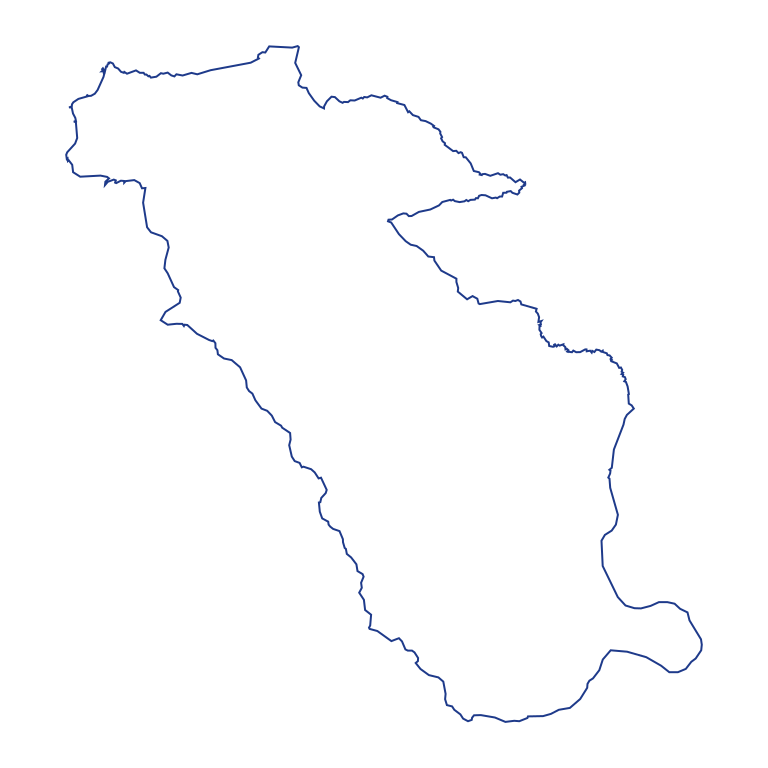 Bole, Northern, Ghana (orthographic projection)
{"feature_id": "2480657B39398526932747", "entity_name": "Bole", "entity_type": "district", "adm_level": 2, "iso_a3": "GHA", "parent_name": "Ghana", "parent_adm1": "Northern", "projection": "orthographic", "projection_center": [-2.328, 8.691], "detail": "fine", "context": "isolated", "style": "outline", "palette": "blue", "viewbox_px": 768, "rotation_deg": 0, "n_neighbors": 0, "source": "geoboundaries", "source_scale": "gbopen_adm2", "svg_char_len": 6021}
<svg xmlns="http://www.w3.org/2000/svg" viewBox="0 0 768 768"><path d="M110.3,62.3L108.7,62.7L109.0,63.5L107.6,64.4L107.1,66.5L106.1,66.5L104.9,71.7L102.9,68.3L102.1,69.2L102.9,70.4L101.9,71.3L103.4,71.2L103.8,73.2L104.5,72.8L103.5,76.9L97.6,90.0L94.8,93.7L91.1,95.8L88.5,96.0L86.6,94.7L87.6,96.3L78.4,98.9L73.3,102.3L72.0,104.3L71.7,107.1L70.8,106.8L69.0,107.4L71.7,107.4L73.0,113.5L75.3,117.9L76.0,121.3L73.8,121.4L75.9,122.4L77.2,138.0L75.1,143.6L67.2,152.3L66.2,154.8L66.8,159.0L67.6,158.4L67.9,161.1L68.8,160.4L72.2,164.8L73.1,172.2L80.2,176.7L100.5,175.6L107.1,176.9L109.0,178.4L105.4,181.7L105.0,185.1L107.8,181.8L113.8,179.6L115.8,180.4L115.1,182.6L116.2,183.1L120.9,180.7L124.2,181.0L124.2,182.7L125.7,181.1L134.3,180.1L139.7,183.1L142.0,188.3L145.4,188.0L143.1,202.7L147.1,227.3L151.0,232.3L161.9,236.2L167.4,240.9L168.7,247.5L165.4,259.8L164.4,268.3L167.7,273.3L174.0,287.1L178.2,290.1L177.9,291.4L180.7,297.6L179.7,302.8L165.5,311.9L160.7,320.2L167.7,324.7L176.3,323.8L182.3,323.9L183.9,326.0L184.5,324.7L187.3,325.0L197.0,333.8L209.1,340.0L212.3,341.1L213.3,340.5L215.4,343.2L215.5,347.8L217.4,350.2L217.9,354.3L224.0,358.5L231.7,360.1L240.1,367.3L246.1,380.4L246.8,387.5L249.1,391.1L252.4,393.6L255.4,400.3L261.5,408.6L267.2,410.8L271.8,415.6L275.1,422.1L281.1,425.7L282.2,427.7L290.1,433.0L290.6,439.6L289.2,445.2L291.8,456.6L294.7,461.1L299.6,462.9L301.8,467.3L303.5,466.7L311.1,469.2L314.7,472.4L318.6,478.4L321.0,477.7L326.7,489.9L325.7,493.1L321.3,497.9L320.3,502.2L318.9,502.5L319.8,511.7L322.2,518.4L328.2,521.7L328.6,524.6L330.2,526.6L333.1,528.9L339.5,531.1L342.9,539.2L343.0,542.2L344.7,548.0L345.9,548.9L346.8,553.9L351.1,557.4L356.4,564.3L357.5,571.1L362.6,574.1L363.6,576.7L361.1,582.8L361.8,587.8L359.2,592.7L363.9,599.8L365.1,610.0L371.1,614.7L370.2,625.5L369.0,627.7L369.6,628.9L377.3,631.0L391.4,641.1L398.9,638.2L402.0,641.4L405.4,649.4L407.8,650.6L412.0,650.6L414.5,652.4L418.1,658.0L417.9,661.1L415.7,663.0L420.5,669.0L428.9,675.1L438.4,677.4L443.3,681.6L445.6,693.9L445.1,699.2L446.9,705.1L452.1,706.4L454.3,709.8L460.4,714.4L463.1,718.6L468.0,721.2L471.7,719.9L472.1,717.7L474.0,715.3L480.8,715.1L494.9,717.5L505.4,721.9L514.2,720.8L519.3,721.2L527.4,718.0L528.0,716.4L543.1,716.1L550.9,713.9L558.8,709.8L569.9,707.9L580.2,699.0L587.2,687.8L587.5,683.9L589.4,680.7L593.0,678.4L599.3,670.2L602.8,659.5L610.7,650.3L627.1,651.7L646.3,657.2L661.1,665.7L669.3,672.2L677.9,672.2L685.8,668.9L691.3,661.8L695.7,658.5L701.2,650.3L701.8,644.7L701.0,639.3L689.5,620.4L687.5,612.4L680.1,608.8L674.6,603.7L667.2,602.1L659.0,602.1L650.6,605.9L641.0,608.4L634.5,608.2L625.5,605.5L617.8,597.1L602.7,566.0L601.5,540.7L604.9,534.9L611.7,530.6L615.9,524.6L617.9,514.8L610.2,487.8L609.5,478.7L608.3,477.6L610.1,473.6L610.5,470.6L609.4,469.8L611.8,467.8L613.9,449.5L623.5,424.6L624.7,419.0L626.9,414.9L633.8,408.6L631.7,405.4L628.8,403.6L628.2,394.6L628.9,394.1L627.6,386.4L625.9,381.9L624.3,381.3L625.7,379.2L624.9,377.1L622.8,376.4L623.2,374.7L621.6,374.1L623.1,372.7L621.6,371.7L622.2,369.9L620.9,367.5L619.2,367.9L616.8,363.4L611.2,361.2L610.7,359.6L611.6,359.5L610.9,358.6L611.7,357.7L609.6,355.4L607.5,355.1L606.8,353.3L602.9,352.0L602.7,350.7L601.3,351.7L599.4,350.2L596.3,349.6L594.4,352.0L592.3,350.9L591.7,352.6L590.1,350.7L586.7,351.3L586.5,349.4L585.2,349.4L580.2,352.1L576.2,352.2L573.3,350.6L572.0,352.2L570.0,352.0L568.6,351.5L568.9,350.4L568.0,351.9L567.1,351.5L568.2,350.0L566.7,348.7L565.5,349.3L565.2,346.9L563.3,345.3L563.4,344.3L559.7,345.6L558.3,344.7L556.7,346.4L555.0,344.3L554.1,344.8L554.3,346.4L553.0,346.8L549.2,346.0L548.7,342.4L546.4,341.1L543.4,336.6L542.1,337.5L541.2,336.1L540.7,334.2L541.6,333.1L539.4,329.8L539.5,326.7L540.4,326.1L539.2,325.0L540.9,324.4L540.5,322.3L541.4,321.0L538.4,321.9L539.1,317.2L537.8,313.6L535.9,311.5L536.6,308.8L521.3,304.4L520.5,301.5L518.0,300.0L515.3,301.0L513.0,300.6L510.4,302.3L497.9,301.0L479.8,304.1L478.6,303.5L477.3,298.7L472.5,296.1L467.1,299.3L457.8,291.6L458.2,288.0L456.4,282.0L456.4,278.7L441.2,270.6L434.4,260.6L434.0,257.2L428.3,256.5L423.2,250.7L416.6,246.0L410.7,244.7L405.7,241.2L398.9,234.1L391.2,222.5L388.0,221.3L388.5,219.7L392.0,219.5L397.9,215.4L403.3,213.4L406.5,213.7L408.8,216.1L411.6,216.0L418.9,211.9L430.3,209.5L439.0,205.4L442.3,202.0L450.2,199.9L451.1,200.5L453.1,199.7L454.8,201.1L459.6,202.1L464.5,201.3L466.3,200.0L468.2,201.2L470.4,199.9L474.9,199.6L476.0,198.1L477.9,198.3L479.1,195.8L481.6,195.0L485.5,195.3L492.0,198.3L495.8,197.6L497.1,198.2L499.8,196.5L502.1,196.5L503.2,192.8L506.5,192.7L506.9,191.8L510.7,191.1L512.4,192.8L517.4,194.5L519.3,192.6L519.1,190.6L522.0,188.2L521.5,186.8L524.6,185.5L524.0,184.8L525.3,184.0L525.1,182.3L524.1,182.8L520.0,179.5L515.5,182.2L510.1,177.5L507.9,177.6L506.6,175.1L505.3,175.5L503.2,174.2L500.3,174.7L498.0,173.2L490.3,175.8L485.0,173.9L482.3,174.2L481.8,175.1L479.7,174.6L480.1,173.5L478.9,172.2L473.8,171.0L470.7,163.4L465.8,157.3L463.7,157.2L462.0,152.8L460.7,152.2L458.5,153.1L456.3,150.8L453.1,151.1L444.7,144.8L445.0,143.2L442.6,141.3L441.1,138.3L442.1,137.1L440.2,133.5L440.4,131.8L438.5,129.3L433.8,127.4L433.2,126.7L434.0,125.9L430.8,123.6L425.6,121.1L420.9,120.2L418.5,116.9L412.9,115.1L409.3,111.3L408.1,112.2L404.4,105.0L397.2,103.1L397.5,102.1L391.0,100.2L387.2,98.1L387.4,96.8L384.6,95.7L380.6,97.7L371.4,95.3L367.2,97.4L364.2,97.0L362.8,98.5L361.3,97.7L354.7,100.5L350.3,100.3L348.0,102.1L344.0,101.9L342.6,102.8L339.4,101.3L334.9,97.1L331.5,96.7L326.9,101.3L324.1,106.4L324.0,108.4L319.7,106.4L314.2,100.7L308.8,93.1L306.5,87.9L302.4,87.6L298.8,85.3L298.3,82.3L301.2,75.2L295.2,62.9L298.9,47.2L297.7,46.1L292.2,47.6L269.2,46.4L265.3,52.5L262.4,52.2L258.4,54.8L257.9,57.4L258.9,58.5L250.7,62.7L210.6,70.2L197.3,74.3L191.5,72.9L182.6,75.5L176.4,74.3L174.4,76.4L171.3,75.4L167.7,72.6L163.3,73.7L160.9,73.2L156.4,76.7L150.9,77.6L149.5,75.9L148.4,76.3L146.4,74.5L144.8,74.5L143.6,72.8L139.8,72.8L136.0,70.4L127.0,73.7L124.3,71.9L123.8,72.8L121.0,71.8L118.1,68.5L114.8,67.1L112.9,63.5L110.3,62.3Z" fill="none" stroke="#1e3a8a" stroke-width="2"/></svg>